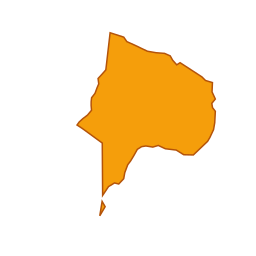 outline of São Francisco, Paraíba, Brazil, rotated 127°
{"feature_id": "56859067B77351971445898", "entity_name": "São Francisco", "entity_type": "district", "adm_level": 2, "iso_a3": "BRA", "parent_name": "Brazil", "parent_adm1": "Paraíba", "projection": "orthographic", "projection_center": [-38.051, -6.637], "detail": "fine", "context": "isolated", "style": "filled", "palette": "amber", "viewbox_px": 256, "rotation_deg": 127, "n_neighbors": 0, "source": "geoboundaries", "source_scale": "gbopen_adm2", "svg_char_len": 893}
<svg xmlns="http://www.w3.org/2000/svg" viewBox="0 0 256 256"><g transform="rotate(127 128 128)"><path d="M156.3,170.5L155.9,164.5L155.5,139.5L197.1,107.7L186.5,108.3L180.0,105.7L178.3,101.7L171.1,100.9L165.6,103.7L157.5,106.1L152.7,106.1L146.8,106.7L139.4,107.7L134.7,105.9L131.6,102.9L128.3,96.7L123.7,93.3L122.1,85.7L116.6,76.2L115.8,67.4L110.2,59.6L90.8,56.4L86.3,56.9L77.8,58.7L71.6,61.9L62.1,68.3L60.9,72.7L57.9,75.9L52.3,75.7L48.6,82.6L40.9,87.9L43.4,94.7L42.7,99.7L44.5,125.7L48.2,127.1L47.0,133.1L45.0,137.7L46.4,143.7L51.0,150.9L55.0,158.7L56.4,165.5L57.2,169.7L59.7,180.9L58.0,186.1L62.7,199.6L69.7,195.5L94.9,180.7L100.4,181.1L106.5,181.7L110.4,177.9L114.2,177.0L120.2,175.2L125.7,175.3L129.1,173.3L132.1,171.1L135.8,167.8L142.0,168.1L147.7,169.7L152.5,170.6L156.3,170.5ZM215.1,97.7L204.6,98.9L202.2,104.5L215.1,97.7Z" fill="#f59e0b" stroke="#b45309" stroke-width="1.5"/></g></svg>